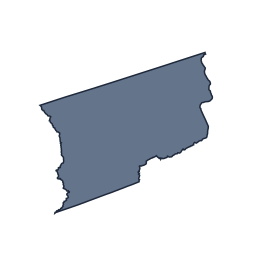 Guarantã do Norte, Mato Grosso, Brazil (Mercator projection), rotated 338°
{"feature_id": "56859067B35045654175735", "entity_name": "Guarantã do Norte", "entity_type": "district", "adm_level": 2, "iso_a3": "BRA", "parent_name": "Brazil", "parent_adm1": "Mato Grosso", "projection": "mercator", "projection_center": [-54.654, -9.78], "detail": "fine", "context": "isolated", "style": "filled", "palette": "slate", "viewbox_px": 256, "rotation_deg": 338, "n_neighbors": 0, "source": "geoboundaries", "source_scale": "gbopen_adm2", "svg_char_len": 5199}
<svg xmlns="http://www.w3.org/2000/svg" viewBox="0 0 256 256"><g transform="rotate(338 128 128)"><path d="M129.1,79.7L106.0,77.9L81.3,75.8L54.9,74.0L55.2,74.6L55.5,75.5L55.7,76.1L55.4,77.1L55.1,78.1L55.2,78.9L55.6,79.4L55.8,80.1L56.4,80.2L56.5,81.2L56.6,82.2L56.8,82.8L57.0,83.6L57.3,84.3L57.9,85.0L58.1,85.6L58.3,86.7L58.8,87.1L59.6,87.4L60.2,88.0L60.6,88.6L59.9,89.3L59.4,89.5L59.0,90.5L58.3,91.1L57.8,91.8L58.3,92.2L58.3,92.9L58.2,93.5L58.3,94.1L58.9,94.9L59.2,96.0L59.0,97.0L59.4,97.9L59.0,98.9L59.2,99.7L60.1,100.6L60.0,101.1L60.0,101.8L60.1,102.4L60.2,103.2L60.5,103.7L60.7,104.2L60.7,105.0L61.5,105.4L62.0,105.8L62.2,106.4L62.7,106.8L62.5,107.4L62.5,108.0L61.9,108.7L61.4,109.3L61.2,109.9L61.2,111.1L61.2,111.8L60.6,113.5L60.4,114.2L60.2,114.8L60.0,115.7L60.6,116.7L59.6,117.1L59.8,117.9L59.6,118.4L59.1,119.1L59.2,119.9L58.7,120.7L58.5,122.1L58.3,122.7L58.0,123.1L57.9,123.7L57.8,124.5L57.1,125.2L57.0,126.5L56.8,127.1L56.3,127.7L56.2,128.3L56.6,129.1L56.7,129.8L57.1,130.8L57.0,131.7L56.6,132.5L56.3,133.5L56.1,134.3L55.5,135.4L54.8,136.2L54.0,136.0L53.4,136.1L52.6,136.5L52.0,137.1L51.5,137.6L50.9,137.9L50.6,138.5L50.4,139.2L49.8,139.3L49.3,138.8L48.6,138.8L48.3,139.4L47.9,140.1L47.3,140.6L46.6,140.4L45.8,140.2L45.3,140.7L45.9,141.3L46.0,142.2L45.9,143.0L46.0,143.7L45.7,144.5L45.9,145.1L45.8,145.7L45.7,146.3L45.3,146.9L44.7,147.4L44.0,147.6L43.7,148.4L44.2,149.0L44.9,149.3L45.7,149.8L45.9,149.3L46.4,149.6L46.3,150.5L46.7,151.2L47.2,151.6L47.5,152.4L47.6,153.1L47.2,154.1L47.5,155.0L46.8,155.9L46.8,156.8L46.8,157.6L46.5,158.5L46.0,159.1L45.4,159.4L45.7,160.1L46.3,160.5L46.7,161.1L47.2,161.6L47.5,162.2L47.7,162.8L47.8,163.6L48.4,163.9L49.1,163.8L49.2,164.5L49.7,165.2L49.3,165.7L48.7,165.3L47.7,165.7L46.7,166.2L46.3,166.9L46.5,167.8L46.8,168.3L46.8,169.1L46.6,170.0L45.9,170.3L45.2,170.3L44.4,170.2L44.0,170.9L44.1,171.7L43.3,172.1L42.2,172.3L41.3,172.1L40.9,172.9L40.0,173.0L39.6,173.8L39.5,174.7L38.9,175.2L38.4,175.8L38.3,176.4L37.6,176.7L36.8,177.0L36.4,177.6L35.6,177.3L34.9,177.9L34.0,178.3L33.2,177.8L32.5,178.2L31.7,178.2L30.9,178.1L30.2,178.5L29.4,179.3L52.6,180.5L54.9,180.6L57.1,180.6L58.5,180.7L64.6,180.8L67.8,180.9L71.7,181.0L75.2,181.1L75.8,181.1L83.0,181.3L86.7,181.5L89.5,181.6L92.2,181.6L95.0,181.7L97.8,181.7L100.6,181.8L103.3,181.8L105.8,181.8L108.3,181.9L111.1,182.0L113.4,182.0L115.7,182.0L118.1,182.0L118.4,181.3L118.7,180.6L119.3,180.3L118.9,179.4L119.0,178.7L119.4,178.3L119.8,177.9L120.2,177.4L120.6,176.9L121.0,176.4L121.0,175.7L120.5,174.9L121.6,174.2L121.0,173.7L120.8,172.9L121.4,172.3L122.2,172.4L122.5,171.6L123.1,171.0L123.5,170.4L123.9,169.8L124.1,168.9L124.2,167.7L124.8,167.5L125.9,168.2L126.6,168.3L127.4,168.2L128.2,168.4L129.4,168.4L130.2,168.2L130.8,168.3L131.4,167.9L132.0,167.1L132.1,166.3L132.5,165.6L133.9,165.3L134.7,165.1L136.2,165.0L136.8,164.9L137.5,164.8L138.3,164.7L139.1,164.9L139.8,164.5L140.3,164.8L140.9,164.9L141.4,164.7L142.3,164.7L143.2,164.6L143.9,164.3L144.2,165.0L144.4,165.8L144.9,166.5L145.2,167.0L145.6,168.0L146.4,167.7L146.9,168.1L146.7,169.2L147.6,168.5L148.4,168.9L148.8,169.5L149.9,169.7L151.0,169.8L151.8,169.7L152.6,169.9L153.4,169.7L154.0,168.9L154.5,169.3L155.0,170.0L155.4,170.4L156.2,170.6L157.2,171.0L157.8,171.0L158.6,170.7L159.1,170.3L160.0,170.3L160.6,170.2L161.4,170.0L162.0,169.8L162.8,169.9L163.9,170.3L164.5,170.0L164.9,169.6L165.6,170.0L166.3,170.5L167.0,170.5L167.9,170.2L168.6,169.7L169.4,169.0L170.3,168.6L171.1,168.1L171.6,168.4L171.7,169.3L172.8,169.4L173.4,169.0L174.1,168.7L174.7,168.6L175.3,168.6L177.0,168.4L177.7,168.3L178.3,168.6L179.2,168.1L179.8,168.2L180.4,168.5L181.1,168.1L182.6,168.2L182.8,167.4L183.2,166.9L184.2,166.3L184.8,166.7L185.2,167.2L185.8,167.6L187.0,167.3L187.5,167.2L189.2,166.7L190.2,166.7L191.0,167.2L191.7,167.2L192.7,166.4L193.2,166.2L194.4,166.2L195.4,166.3L197.1,166.3L197.5,166.0L198.3,165.0L198.6,164.3L199.1,163.8L199.8,162.8L200.0,162.3L200.2,161.7L200.5,161.2L200.9,160.3L201.5,159.4L201.9,158.8L202.4,158.1L202.6,157.5L203.1,156.7L202.9,149.7L202.9,149.1L202.8,147.7L202.6,144.2L202.4,138.4L202.7,137.7L202.7,136.9L202.3,136.2L202.4,135.5L203.1,134.6L203.3,134.1L204.0,133.4L204.8,133.0L205.9,132.2L206.5,132.2L207.1,132.5L207.8,132.6L208.8,132.5L209.5,132.6L210.4,132.9L211.1,133.1L211.8,133.4L212.3,133.5L213.1,133.6L213.7,133.6L214.4,133.5L215.2,133.1L216.3,132.7L217.1,132.2L217.5,131.6L217.9,130.7L218.0,129.9L217.7,128.6L217.9,127.9L217.9,127.1L217.8,126.0L218.2,124.7L218.0,124.0L217.6,123.4L217.4,122.8L217.5,122.2L218.0,121.4L218.5,120.0L218.9,119.5L219.5,118.9L219.9,118.6L220.7,118.3L221.2,117.4L221.2,116.5L221.3,115.8L221.2,115.2L220.8,114.3L220.5,113.8L220.2,112.9L220.2,111.9L220.0,111.4L219.9,110.5L219.8,109.3L219.7,108.4L219.5,107.4L219.5,106.7L219.6,106.0L219.7,105.4L219.9,104.6L220.2,103.9L220.5,103.5L220.9,103.0L221.7,102.1L222.0,101.6L222.1,101.1L221.7,99.8L221.6,99.0L221.4,98.4L221.2,97.7L221.1,96.5L220.9,95.9L220.8,95.0L221.0,94.0L221.0,93.2L221.2,92.5L221.7,91.8L221.9,91.0L222.7,90.4L223.3,90.1L223.9,90.1L224.7,89.8L225.1,89.3L225.5,88.5L226.2,88.6L227.6,88.5L227.4,87.7L227.7,86.8L191.1,84.2L190.5,84.2L129.1,79.7ZM29.4,179.3L28.7,179.0L28.3,179.6L29.4,179.3Z" fill="#64748b" stroke="#1e293b" stroke-width="1.5"/></g></svg>